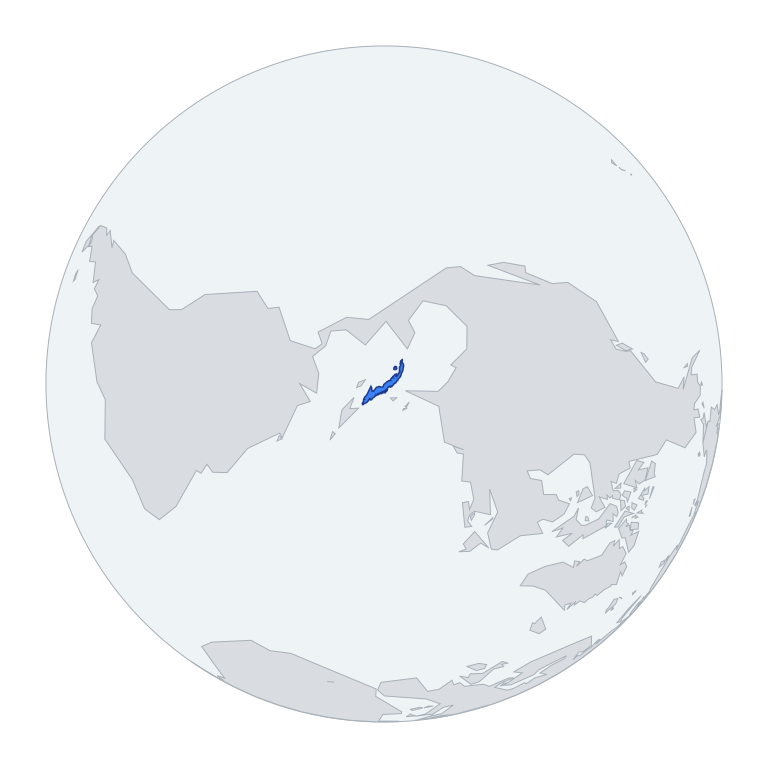 the Earth from above Cuba, rotated 122°
{"feature_id": "CUB", "entity_name": "Cuba", "entity_type": "country or territory", "adm_level": 0, "iso_a3": "CUB", "parent_name": "North America", "parent_adm1": "", "projection": "orthographic", "projection_center": [-79.329, 21.523], "detail": "fine", "context": "on_globe", "style": "filled", "palette": "blue", "viewbox_px": 768, "rotation_deg": 122, "n_neighbors": 0, "source": "natural_earth", "source_scale": "50m", "svg_char_len": 12828}
<svg xmlns="http://www.w3.org/2000/svg" viewBox="0 0 768 768"><g transform="rotate(122 384 384)"><circle cx="384" cy="384" r="338" fill="#eef3f6" stroke="#a8b0b8"/><path d="M390.7,461.2L382.7,457.7L374.9,467.4L347.3,451.1L337.3,431.1L252.6,392.7L243.9,381.4L244.0,364.4L217.4,304.2L228.2,358.8L217.5,347.0L209.3,326.9L214.5,323.1L209.7,294.5L200.5,282.1L201.6,247.4L223.7,207.8L226.4,215.2L231.4,205.7L228.3,196.3L225.1,192.6L238.3,154.8L231.8,132.2L218.9,133.3L230.2,127.4L198.4,136.5L187.9,134.1L206.5,132.0L213.5,128.4L209.7,123.7L216.2,119.1L218.0,114.6L226.1,109.9L236.3,110.2L241.7,107.4L238.7,104.5L244.8,98.6L248.4,103.2L259.5,93.8L278.6,94.9L281.8,114.9L299.0,115.0L319.9,135.3L324.7,130.7L335.6,136.9L345.2,134.3L346.3,139.8L353.0,133.2L350.1,128.8L352.0,124.6L357.4,123.0L359.8,129.3L357.5,131.1L361.0,132.1L359.9,136.2L363.5,133.3L365.7,141.8L371.5,131.2L379.9,136.3L379.3,142.6L368.9,144.6L341.7,167.6L337.8,176.4L342.8,185.7L374.1,196.8L374.1,206.1L381.8,216.6L386.6,209.8L382.3,199.2L393.1,190.0L386.5,179.3L389.9,174.4L387.3,163.2L399.0,162.4L411.7,168.0L414.4,177.6L420.0,180.7L426.6,170.2L440.4,187.9L464.8,200.0L467.2,205.5L455.4,217.2L432.4,219.7L417.1,238.7L438.4,224.4L443.9,239.8L449.6,242.0L455.9,240.5L458.3,234.1L462.6,239.5L443.1,254.6L438.9,250.0L445.1,244.9L434.3,246.7L421.3,258.7L425.1,266.6L401.3,279.5L403.7,285.6L399.9,292.4L397.6,281.5L401.3,301.9L373.9,325.7L378.4,362.3L361.6,334.2L348.1,331.0L331.9,331.5L332.4,337.4L310.4,332.4L291.1,344.1L284.7,372.6L292.8,395.0L317.1,397.0L324.1,385.0L341.8,382.8L329.8,415.5L360.8,420.5L358.1,444.7L367.2,457.1L382.6,453.7L398.5,459.2L409.6,444.9L427.5,436.3L428.3,455.8L437.9,437.3L448.2,446.0L483.6,441.8L481.0,446.5L510.9,465.5L542.3,470.1L549.6,482.5L545.9,491.6L556.6,491.9L556.7,497.3L598.0,495.5L618.1,502.6L616.7,520.9L598.5,546.6L578.6,591.6L545.0,612.0L534.2,628.6L504.1,653.9L484.1,655.5L487.6,664.3L474.6,671.5L460.9,673.5L456.8,680.0L446.5,681.1L452.1,684.5L433.3,693.3L436.1,698.6L421.8,704.6L424.0,707.2L419.4,707.4L414.1,708.7L412.9,710.2L399.8,708.3L398.5,701.8L404.9,698.0L398.9,697.5L412.7,686.9L405.4,689.3L410.9,672.2L423.2,656.2L434.7,605.4L428.1,595.0L402.9,583.2L372.7,540.8L381.4,522.4L374.5,513.7L396.9,486.5L390.7,461.2ZM73.3,309.7L75.7,302.2L75.7,308.3L73.3,309.7ZM76.3,296.8L75.6,299.5L76.0,297.0L76.3,296.8ZM76.0,294.4L76.2,296.1L75.6,294.9L76.0,294.4ZM75.2,292.2L75.7,293.1L75.5,293.3L75.2,292.2ZM377.0,374.6L412.5,390.8L392.7,393.8L396.4,390.5L387.3,383.6L370.6,377.3L353.2,381.2L377.0,374.6ZM75.1,286.5L75.2,284.9L75.9,285.0L75.1,286.5ZM392.0,354.2L385.8,353.0L391.8,352.6L392.0,354.2ZM222.6,191.9L227.6,196.7L228.0,207.4L223.1,203.7L222.6,191.9ZM222.9,173.2L227.0,173.6L221.1,182.6L220.6,179.6L222.9,173.2ZM208.2,135.9L211.0,138.2L206.0,137.6L208.2,135.9ZM216.9,114.9L214.0,115.9L216.2,113.2L216.9,114.9ZM381.1,164.6L384.2,163.9L383.1,166.3L381.1,164.6ZM377.2,160.6L373.7,163.8L371.3,162.4L373.5,160.4L377.2,160.6ZM230.5,103.8L234.8,99.7L232.2,103.8L230.5,103.8ZM382.0,157.0L367.5,159.6L363.3,157.3L368.1,148.0L382.0,157.0ZM238.5,97.4L249.0,88.4L243.6,89.4L264.8,82.4L248.9,91.7L246.4,96.4L243.8,95.2L238.5,97.4ZM346.8,128.2L350.1,132.7L342.4,130.6L346.8,128.2ZM341.4,127.9L314.9,129.1L312.7,122.1L322.0,122.8L315.2,115.8L327.2,111.7L333.6,114.7L332.7,119.8L338.0,114.5L341.4,127.9ZM274.9,80.4L278.9,78.6L276.6,80.6L274.9,80.4ZM352.2,122.8L347.1,123.4L344.8,117.3L354.7,115.2L352.3,117.7L352.2,122.8ZM307.5,116.2L307.6,111.8L317.3,107.1L318.7,104.9L327.3,111.1L307.5,116.2ZM355.5,118.3L359.8,114.3L365.8,115.9L357.1,122.0L355.5,118.3ZM340.0,116.8L339.4,113.9L343.0,114.7L340.0,116.8ZM389.4,120.2L383.2,120.3L381.5,117.1L389.4,120.2ZM361.0,112.8L359.0,112.3L357.6,111.2L361.6,109.1L361.0,112.8ZM333.5,107.7L337.5,106.9L330.5,104.8L337.5,101.8L342.0,106.7L343.0,103.3L345.1,102.4L346.4,107.5L333.5,107.7ZM361.5,103.8L369.6,109.9L381.4,109.9L383.2,112.7L364.0,112.2L361.5,103.8ZM352.5,105.4L358.5,104.9L357.8,108.3L353.2,110.8L352.5,105.4ZM340.6,98.1L328.7,101.5L328.2,100.4L340.6,98.1ZM365.1,103.0L363.1,101.7L366.0,102.7L365.1,103.0ZM348.3,98.7L344.2,99.9L343.6,98.6L348.3,98.7ZM362.4,98.1L365.0,99.9L362.0,101.5L362.4,98.1ZM356.1,97.8L356.3,95.8L359.4,101.0L354.3,98.6L356.1,97.8ZM348.5,97.3L346.8,96.9L350.3,97.0L348.5,97.3ZM372.4,91.6L376.9,97.9L370.3,101.1L366.7,94.5L372.4,91.6ZM421.0,712.1L400.6,709.2L412.4,710.6L422.1,707.8L432.2,710.0L421.0,712.1ZM449.0,704.0L459.3,701.4L461.3,701.9L454.6,703.8L449.0,704.0ZM643.1,167.1L643.3,167.3L635.4,158.6L622.8,144.9L643.1,167.1ZM596.7,121.4L596.9,121.6L605.7,129.0L604.6,128.1L600.4,124.5L602.1,126.4L622.0,144.6L626.2,148.4L636.3,161.3L644.3,169.3L650.2,177.0L638.9,166.5L633.2,160.5L619.6,155.1L626.6,162.3L639.8,168.4L639.7,169.9L649.1,181.3L641.8,173.9L625.5,166.9L628.7,181.2L648.3,218.3L646.9,227.2L638.7,228.6L616.0,200.6L621.6,184.2L613.7,175.5L599.2,169.4L602.2,165.5L597.0,161.4L597.8,155.6L585.8,140.4L584.7,134.5L567.4,122.5L564.4,118.3L575.5,126.3L582.6,129.3L578.2,117.0L573.6,112.9L562.7,106.5L562.9,104.6L552.9,100.1L544.1,92.1L546.4,98.6L533.7,92.9L521.5,85.6L517.8,85.3L537.5,97.4L545.0,101.5L550.9,102.8L571.7,116.8L575.9,122.6L555.7,113.6L559.4,121.4L542.0,112.3L499.3,82.6L487.9,74.4L495.8,69.6L505.7,73.4L507.8,76.6L517.5,77.6L511.1,75.5L511.2,74.4L499.1,70.0L498.6,69.1L487.8,66.9L485.8,65.3L492.7,66.7L473.1,60.3L465.6,57.2L461.4,56.3L459.0,56.2L451.1,53.2L448.4,52.7L449.9,53.5L445.4,53.3L434.4,52.2L432.2,51.2L435.9,51.4L440.5,51.1L450.6,52.7L448.6,52.3L439.3,50.7L433.8,51.0L427.7,50.8L428.9,50.0L428.0,50.2L424.4,49.8L418.8,48.8L416.8,49.6L379.4,50.5L364.8,49.7L370.0,48.1L341.6,51.0L327.4,52.0L328.8,52.4L316.2,55.4L320.5,55.0L320.2,55.5L289.7,65.7L280.9,68.1L269.4,74.9L270.2,75.4L276.1,73.8L264.8,82.4L243.6,89.4L243.0,87.8L230.1,94.2L230.6,90.1L225.0,90.5L233.0,83.7L227.9,85.4L223.4,87.9L213.1,92.8L210.1,94.3L224.8,85.9L231.9,82.3L244.2,79.8L240.9,79.3L247.5,76.5L250.0,74.8L247.1,75.3L243.1,77.1L254.7,71.8L277.3,63.4L300.5,56.6L324.2,51.4L348.1,48.0L372.2,46.3L396.4,46.3L420.5,48.1L444.4,51.5L468.1,56.7L491.2,63.6L513.9,72.0L535.9,82.1L557.1,93.8L577.4,106.9L596.7,121.4ZM721.5,400.3L721.7,394.1L721.4,369.0L720.5,362.5L719.8,370.9L717.8,363.3L716.7,366.8L703.3,399.6L694.2,393.3L671.8,360.9L670.6,339.5L661.8,320.2L646.8,229.0L653.3,225.5L652.6,195.3L654.2,194.5L664.8,209.8L672.7,209.9L662.8,193.9L661.7,191.5L675.0,212.2L686.7,233.8L696.8,256.2L705.3,279.2L712.0,302.8L717.1,326.9L720.3,351.2L721.8,375.7L721.5,400.3ZM663.3,268.3L666.4,274.4L663.3,268.3ZM484.6,441.4L489.0,444.6L483.4,445.4L484.6,441.4ZM390.2,402.1L397.6,402.3L401.6,405.3L395.9,406.4L390.2,402.1ZM451.9,399.0L460.2,400.1L451.6,402.4L451.9,399.0ZM418.0,392.8L445.2,399.0L428.4,406.0L411.2,402.3L423.0,400.0L418.0,392.8ZM388.9,366.0L393.6,367.3L392.4,371.1L388.9,366.0ZM396.3,354.1L394.5,354.4L392.1,351.5L396.3,354.1ZM445.1,238.9L446.7,237.9L453.3,237.7L450.5,240.6L445.1,238.9ZM480.5,222.6L486.6,231.7L480.3,226.8L477.7,232.0L461.1,228.9L467.5,208.1L467.6,217.7L480.5,222.6ZM440.8,220.3L450.6,223.8L439.7,220.9L440.8,220.3ZM567.5,148.3L572.1,148.1L578.1,153.8L579.5,163.9L570.7,155.5L567.5,148.3ZM577.1,146.9L556.6,136.6L554.9,130.8L559.3,135.6L560.3,132.8L567.6,140.0L586.1,145.5L592.6,151.1L591.6,165.1L588.4,157.0L584.1,157.3L577.1,146.9ZM507.2,129.2L498.3,127.1L506.2,116.9L513.6,120.2L515.5,129.8L507.8,131.5L507.2,129.2ZM393.3,141.1L389.4,142.6L388.7,140.6L391.5,137.7L393.3,141.1ZM386.6,120.5L409.7,133.2L406.4,135.3L423.9,141.4L422.0,149.6L410.7,145.2L422.3,156.7L411.4,156.0L420.2,163.4L395.3,152.7L386.0,153.3L397.1,149.3L399.2,141.6L397.2,138.4L384.7,130.4L365.6,128.9L364.5,121.8L368.9,117.2L373.3,116.5L372.6,121.1L379.1,116.8L381.4,123.1L386.6,120.5ZM420.5,80.4L417.8,83.9L431.1,80.6L433.6,85.1L435.0,84.4L440.9,87.9L450.5,91.3L450.0,93.5L454.0,94.0L457.9,96.7L463.2,98.2L464.2,102.9L470.7,105.4L467.5,106.3L478.4,109.4L470.8,109.3L475.3,113.4L480.3,111.3L473.3,137.8L476.3,150.4L482.9,161.5L468.9,161.1L453.8,151.1L440.1,137.7L439.3,126.1L433.1,128.6L430.9,124.0L436.7,124.0L426.4,121.4L426.1,117.8L413.9,108.6L399.3,108.2L394.5,105.3L400.1,103.7L391.4,102.0L398.6,97.2L395.4,95.2L399.3,88.9L412.0,87.7L407.3,85.6L410.1,81.4L420.5,80.4ZM373.9,89.9L388.5,86.3L397.0,87.4L386.6,98.0L388.6,100.5L382.3,108.4L370.1,106.9L373.0,104.7L373.0,102.3L376.8,103.7L373.8,100.8L377.7,97.9L376.4,95.0L381.5,94.5L373.9,89.9ZM649.7,186.7L649.8,185.1L648.5,181.2L654.4,188.8L649.7,186.7ZM639.0,182.1L638.1,179.3L645.9,187.1L645.8,189.2L639.0,182.1ZM631.0,171.6L637.5,178.5L633.9,176.0L631.0,171.6ZM574.0,123.8L572.3,121.0L574.7,122.1L578.7,125.4L574.0,123.8ZM460.6,74.8L457.7,75.8L455.6,75.0L444.7,74.8L442.0,72.0L447.6,71.0L460.6,74.8ZM651.3,177.8L650.7,176.5L653.0,179.9L651.3,177.8ZM455.9,71.6L451.7,71.8L453.0,70.3L455.9,71.6ZM439.5,70.0L439.9,68.2L440.4,71.7L439.5,70.0ZM427.2,53.8L445.4,56.5L456.7,58.0L460.3,57.4L463.0,60.0L445.6,57.7L427.2,53.8ZM385.5,50.7L382.5,52.1L378.6,51.5L378.7,51.1L385.5,50.7ZM387.3,51.5L393.3,53.6L388.2,54.5L384.5,52.6L387.3,51.5ZM425.3,60.7L430.9,61.5L429.7,62.5L425.3,60.7ZM276.9,78.3L278.7,78.6L275.0,79.5L276.9,78.3ZM322.9,55.3L321.9,56.2L317.5,56.8L322.9,55.3ZM316.8,59.3L322.4,57.9L317.3,59.7L316.8,59.3ZM334.8,55.0L325.0,57.5L333.1,54.6L334.8,55.0Z" fill="#d9dde1" stroke="#a8b0b8" stroke-width="1"/><path d="M370.4,374.2L371.8,374.5L373.0,374.5L373.5,374.3L373.5,374.5L374.0,374.9L374.9,374.7L376.8,374.7L377.0,374.8L377.4,375.2L377.9,375.4L378.4,375.6L378.9,375.7L379.4,375.6L379.9,375.6L380.6,376.0L380.8,376.1L381.3,376.0L381.2,376.3L382.1,376.8L382.8,377.8L383.3,378.2L383.8,378.5L384.3,378.8L384.8,378.9L386.3,378.8L386.7,378.9L387.0,379.0L387.3,379.1L387.5,379.0L390.5,380.5L391.4,381.3L392.0,381.7L393.3,382.3L393.8,382.5L394.0,382.4L394.0,382.2L393.6,381.9L394.0,381.9L394.9,382.6L395.1,382.8L395.5,383.0L396.0,383.2L395.8,383.5L395.4,383.5L394.8,383.4L395.3,383.8L395.4,384.2L395.6,384.2L396.0,383.8L396.2,383.5L397.2,384.3L397.7,384.6L397.6,384.8L397.5,385.0L398.1,384.8L398.3,384.8L398.5,385.0L398.7,385.3L399.3,385.3L399.8,385.3L400.9,385.6L401.9,386.1L402.9,386.2L403.8,386.2L404.3,386.5L404.5,386.9L404.3,387.2L404.2,387.4L404.6,387.8L403.8,388.0L403.7,388.2L403.7,388.4L403.9,388.5L404.3,388.4L405.0,388.5L406.0,388.6L406.7,388.5L408.1,388.7L408.5,388.8L409.4,389.2L409.7,389.5L410.6,390.3L411.3,390.6L411.9,390.7L412.1,390.6L412.3,390.7L412.5,390.8L412.7,391.1L412.6,391.5L412.3,391.8L412.1,392.1L411.2,392.1L410.0,392.2L408.8,392.6L408.2,392.9L408.0,393.1L407.3,393.2L407.3,392.9L407.1,392.6L407.0,392.9L406.8,393.1L406.4,393.3L404.9,393.4L404.3,393.1L403.7,393.0L401.6,392.9L401.0,392.9L399.6,393.1L398.1,393.2L397.5,393.3L396.9,393.5L395.7,393.5L394.3,393.7L393.0,393.8L393.8,392.4L395.7,391.1L396.0,390.8L396.3,390.5L396.4,390.2L395.8,389.6L395.7,389.3L395.6,389.1L394.9,388.9L394.3,388.9L393.6,388.9L392.1,388.7L391.3,388.7L390.7,388.5L389.6,387.5L389.1,387.2L388.8,387.0L388.6,386.8L388.3,385.3L388.1,384.6L387.8,384.0L387.3,383.6L386.8,383.4L384.8,383.8L384.3,383.8L383.8,383.6L380.8,382.7L379.6,382.2L379.1,381.9L378.6,381.6L378.2,381.0L377.7,380.4L377.7,380.6L377.6,380.8L375.1,380.8L374.7,380.7L374.4,380.6L374.2,380.3L374.1,379.9L373.9,379.5L373.8,379.9L373.7,380.3L373.3,380.5L372.9,380.5L372.5,380.0L370.4,379.9L370.2,379.8L369.6,379.3L369.0,378.8L369.6,378.6L370.8,378.3L371.0,378.2L371.2,377.9L371.1,377.6L370.8,377.4L370.6,377.2L370.3,377.1L370.0,377.1L365.5,376.9L365.2,377.1L364.8,377.5L364.0,377.9L363.4,378.4L363.2,378.7L363.0,378.8L362.4,379.1L361.9,379.6L361.3,379.8L361.0,379.6L360.7,379.6L360.2,379.8L359.1,379.8L358.9,379.9L358.7,380.3L358.5,380.9L358.3,381.1L357.7,381.2L357.2,381.4L356.0,382.0L355.7,382.0L355.8,381.6L355.7,381.1L355.4,381.1L355.1,381.2L354.7,381.3L354.2,381.6L353.9,381.7L353.6,381.5L353.7,381.3L355.6,380.5L355.8,380.5L356.1,380.5L356.5,380.5L356.7,380.3L356.4,379.2L356.6,378.5L357.0,378.0L357.9,377.1L358.4,376.9L362.7,375.2L363.1,375.1L365.9,374.8L366.3,374.7L367.6,374.2L369.0,374.0L370.4,374.2ZM366.3,383.5L365.8,383.8L364.7,384.2L364.1,384.2L363.5,384.1L363.1,383.7L362.9,383.3L362.9,383.1L363.3,383.4L363.6,383.6L363.8,383.5L364.0,383.4L363.5,382.2L363.5,381.9L364.0,381.3L365.3,381.5L365.5,381.6L365.7,382.0L365.9,382.4L366.3,383.2L366.3,383.5ZM387.8,377.9L388.6,378.0L388.8,378.0L389.1,377.9L389.3,378.0L389.7,378.5L389.4,378.5L389.1,378.5L388.9,378.5L388.3,378.4L387.8,378.3L387.6,378.2L387.4,378.0L387.8,377.9ZM393.1,381.4L392.9,381.6L392.6,381.3L392.2,381.2L391.8,380.9L391.7,380.6L392.1,380.6L392.5,380.7L393.3,380.8L393.2,381.2L393.1,381.4ZM391.1,379.5L390.7,379.4L390.3,379.3L390.0,378.9L389.8,378.8L389.8,378.7L390.1,378.6L390.4,378.6L390.7,378.9L390.9,379.4L391.1,379.5ZM391.9,380.4L391.7,380.4L391.2,380.2L391.2,379.7L391.3,379.4L391.4,379.7L391.8,379.9L391.9,380.0L392.1,380.3L391.9,380.4ZM383.9,377.3L382.9,377.0L382.5,376.5L382.4,376.4L382.6,376.4L383.7,377.2L383.9,377.3Z" fill="#3b82f6" stroke="#1e3a8a" stroke-width="1.5"/></g></svg>